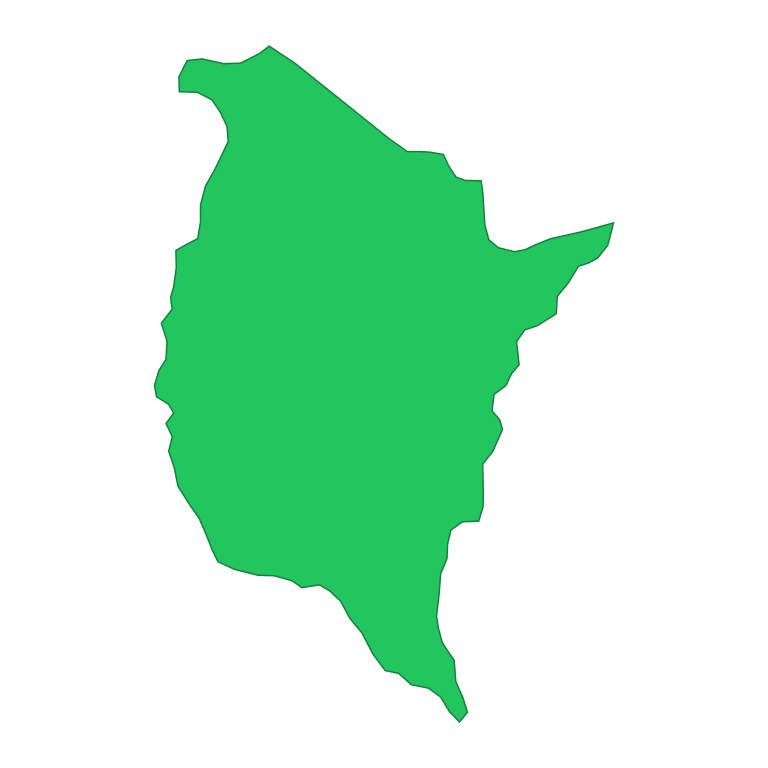 the district of Santa Rosa de Goiás, Goiás, Brazil
{"feature_id": "56859067B49023245121692", "entity_name": "Santa Rosa de Goiás", "entity_type": "district", "adm_level": 2, "iso_a3": "BRA", "parent_name": "Brazil", "parent_adm1": "Goiás", "projection": "albers", "projection_center": [-49.481, -16.071], "detail": "fine", "context": "isolated", "style": "filled", "palette": "green", "viewbox_px": 768, "rotation_deg": 0, "n_neighbors": 0, "source": "geoboundaries", "source_scale": "gbopen_adm2", "svg_char_len": 1525}
<svg xmlns="http://www.w3.org/2000/svg" viewBox="0 0 768 768"><path d="M467.5,712.3L462.9,697.7L455.8,681.6L454.2,660.5L442.3,642.7L438.5,628.6L436.5,616.2L439.1,594.1L440.7,573.7L447.0,558.6L447.6,544.1L451.0,530.0L462.5,521.8L478.7,521.2L483.1,506.7L483.3,492.2L482.7,464.0L492.6,451.8L502.5,429.5L499.7,419.8L492.0,410.8L494.1,394.4L506.0,385.4L511.6,373.6L519.1,364.8L516.5,341.7L524.8,329.9L537.7,325.5L556.3,313.7L557.3,296.3L568.4,282.8L578.5,266.2L589.0,262.8L597.7,258.0L607.8,245.2L613.5,222.9L580.2,232.1L550.7,238.7L536.1,244.5L524.8,249.8L514.3,251.7L498.3,247.7L488.8,239.7L484.8,224.6L482.8,192.6L481.2,180.8L465.0,180.4L455.9,177.0L448.6,165.7L443.4,154.5L430.3,152.2L420.1,151.6L407.4,151.6L390.0,139.4L295.5,63.7L269.2,46.1L259.7,53.4L240.7,63.1L223.9,63.7L202.1,58.9L187.1,60.6L178.9,76.8L179.3,91.7L197.5,92.3L212.0,99.9L220.3,112.3L227.0,126.4L228.2,141.5L221.3,156.0L215.1,168.9L205.4,186.3L200.5,205.0L200.5,221.8L197.7,238.6L187.2,244.1L175.9,250.4L176.3,267.7L173.7,286.6L170.6,297.5L172.1,309.3L161.3,323.2L167.0,341.0L166.0,359.3L158.7,370.9L154.5,385.4L156.5,396.7L168.6,404.3L173.7,412.9L166.0,423.6L172.3,436.5L168.7,451.2L174.3,467.8L178.0,486.3L189.3,504.2L199.2,518.4L205.4,532.7L212.7,551.0L218.0,561.7L234.3,569.3L257.7,575.2L274.3,575.8L291.9,580.7L301.8,587.6L319.5,584.9L329.8,591.0L340.5,601.0L350.0,618.5L362.0,633.0L372.9,654.0L385.2,670.6L398.7,673.4L411.2,684.7L428.4,688.1L440.7,697.1L449.4,711.6L459.5,721.9L467.5,712.3Z" fill="#22c55e" stroke="#15803d" stroke-width="1.5"/></svg>